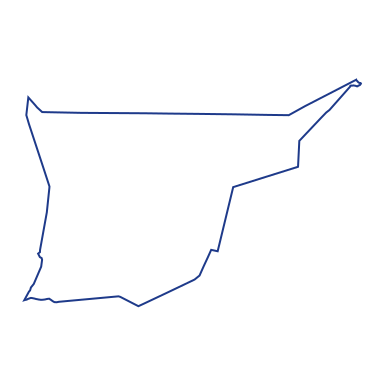 Rotonak Mondol, Batdâmbâng, Cambodia (Equal Earth projection), rotated 91°
{"feature_id": "14789045B15195219920111", "entity_name": "Rotonak Mondol", "entity_type": "district", "adm_level": 2, "iso_a3": "KHM", "parent_name": "Cambodia", "parent_adm1": "Batdâmbâng", "projection": "equal_earth", "projection_center": [102.87, 12.919], "detail": "fine", "context": "isolated", "style": "outline", "palette": "blue", "viewbox_px": 384, "rotation_deg": 91, "n_neighbors": 0, "source": "geoboundaries", "source_scale": "gbopen_adm2", "svg_char_len": 1458}
<svg xmlns="http://www.w3.org/2000/svg" viewBox="0 0 384 384"><g transform="rotate(91 192 192)"><path d="M165.0,86.5L164.4,86.4L139.0,85.6L116.0,64.6L110.2,59.2L107.6,56.0L83.7,35.6L83.2,35.6L82.8,35.0L82.8,34.4L82.8,33.2L82.6,32.6L82.7,32.1L82.8,31.3L82.9,30.6L83.1,30.0L83.2,29.5L83.5,28.9L83.4,28.2L83.0,27.9L82.6,27.3L82.4,26.5L82.1,26.0L81.7,25.7L81.1,25.2L80.5,25.0L80.1,25.5L80.1,26.2L79.9,26.7L79.7,27.2L79.4,27.6L79.1,27.9L78.8,28.2L78.4,28.5L78.1,28.8L77.8,29.2L77.4,29.7L76.9,29.8L104.2,80.5L110.5,91.4L113.5,96.6L113.6,118.6L113.6,151.5L113.8,188.8L114.0,216.1L114.1,240.3L114.8,304.2L114.7,343.2L110.1,348.4L108.0,350.2L100.3,357.3L118.0,359.0L126.9,356.2L169.9,341.2L189.0,334.6L190.6,334.7L214.9,336.8L245.7,341.8L252.4,342.9L254.8,343.0L256.3,344.8L259.7,343.0L260.7,341.2L262.4,340.7L269.3,341.5L286.7,348.6L290.3,351.4L293.3,352.2L294.3,353.2L303.1,357.8L302.8,356.9L302.7,356.2L302.5,355.5L302.2,354.8L301.8,354.2L301.4,353.1L301.0,352.1L300.7,351.2L300.8,350.5L300.9,349.7L301.3,347.6L301.7,346.1L302.0,344.3L302.2,343.4L302.3,342.2L302.4,341.6L302.4,341.1L302.4,340.3L302.3,339.1L302.0,337.0L301.6,335.6L301.3,334.0L301.2,332.8L301.6,332.3L302.4,331.0L303.5,329.5L304.5,327.7L304.6,325.4L304.1,323.2L297.6,263.7L298.1,261.9L307.1,243.6L304.3,237.8L292.7,214.3L279.5,187.9L275.4,183.0L266.2,179.1L257.2,175.1L249.5,171.8L250.8,165.3L186.4,150.9L175.7,118.8L165.2,87.2L165.0,86.5Z" fill="none" stroke="#1e3a8a" stroke-width="2"/></g></svg>